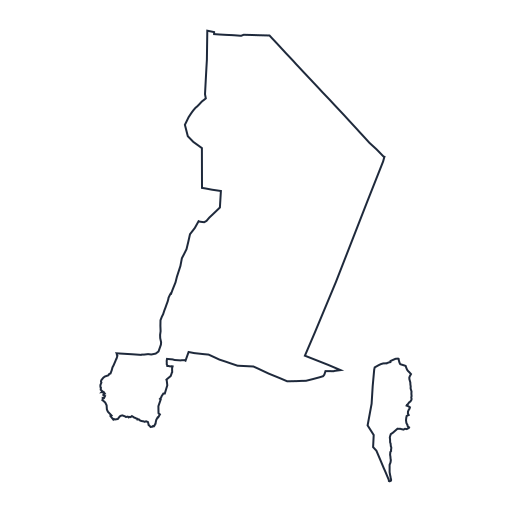 Joquicingo, México, Mexico
{"feature_id": "50627088B35119178104761", "entity_name": "Joquicingo", "entity_type": "district", "adm_level": 2, "iso_a3": "MEX", "parent_name": "Mexico", "parent_adm1": "México", "projection": "mercator", "projection_center": [-99.521, 19.062], "detail": "fine", "context": "isolated", "style": "outline", "palette": "slate", "viewbox_px": 512, "rotation_deg": 0, "n_neighbors": 0, "source": "geoboundaries", "source_scale": "gbopen_adm2", "svg_char_len": 5601}
<svg xmlns="http://www.w3.org/2000/svg" viewBox="0 0 512 512"><path d="M383.6,156.6L380.0,152.9L376.4,149.2L372.9,146.0L369.4,142.8L364.4,137.3L359.4,131.9L356.9,129.1L354.4,126.4L349.4,121.0L344.4,115.5L339.5,110.3L334.6,105.1L329.8,99.9L324.9,94.8L322.4,92.2L317.6,87.0L312.7,81.8L307.8,76.6L302.9,71.4L300.5,68.8L295.7,63.7L293.4,61.1L288.6,56.0L286.2,53.5L281.4,48.3L276.7,43.2L271.9,38.1L269.5,35.5L261.8,35.3L257.9,35.2L252.2,35.0L244.4,34.8L243.6,34.8L241.1,35.8L234.8,35.3L231.6,35.1L226.6,34.9L219.6,34.5L214.1,34.1L214.1,32.1L207.3,30.7L206.9,58.9L206.9,59.6L206.4,68.1L205.0,94.2L205.8,98.4L204.1,99.8L202.1,101.3L201.2,102.2L200.2,103.3L199.2,104.4L198.4,105.2L197.1,106.5L196.2,107.2L195.3,108.0L194.3,109.2L193.6,110.0L192.3,111.7L191.1,113.4L188.6,117.2L184.9,124.8L187.8,136.2L193.3,141.9L197.2,144.7L201.9,148.1L202.0,187.9L205.2,188.4L212.0,189.7L220.9,191.0L219.9,207.5L214.9,212.3L209.3,217.6L206.5,220.9L204.2,222.2L202.3,222.0L199.5,221.6L198.6,221.2L194.8,228.0L190.0,234.2L188.2,242.2L186.5,249.2L183.8,254.6L181.9,258.2L180.4,266.0L176.9,276.8L175.5,282.4L172.5,289.9L171.1,293.7L170.7,293.5L169.9,294.9L168.6,297.6L168.4,298.5L168.3,299.2L168.0,300.2L167.8,301.0L167.7,301.3L167.3,302.5L166.7,304.1L166.6,304.3L166.4,304.9L165.6,307.2L165.3,308.0L164.3,310.6L163.1,314.3L161.9,316.6L160.5,320.2L160.4,325.8L160.6,331.2L160.1,334.9L160.2,338.1L161.1,342.3L160.9,344.7L158.5,351.5L155.7,353.6L151.3,354.5L148.1,354.1L144.0,354.6L141.8,354.6L141.1,354.9L132.8,354.3L127.8,354.0L121.2,353.6L116.6,353.3L116.8,353.7L116.9,355.0L117.4,355.7L116.5,358.8L116.2,359.0L115.4,361.1L113.5,365.5L112.5,367.3L111.7,370.3L110.5,373.5L109.2,374.0L108.4,375.3L105.5,376.3L104.9,376.5L103.3,377.7L102.3,379.0L101.7,379.6L101.1,380.8L101.0,381.8L101.4,382.6L100.4,385.0L100.4,386.5L100.6,387.5L100.9,387.7L100.9,387.8L100.7,389.7L102.5,391.4L101.8,392.1L103.6,391.9L104.8,393.6L103.4,394.1L103.4,395.2L105.0,396.0L104.0,398.1L102.7,397.9L102.7,399.1L102.4,400.2L103.1,400.6L105.2,402.5L106.6,405.3L106.8,408.4L106.9,409.5L107.9,411.7L111.5,415.5L110.5,416.1L113.3,419.6L113.9,419.0L114.9,419.5L117.8,419.0L119.0,417.4L119.9,416.3L121.0,415.7L122.4,415.4L124.8,416.3L125.4,416.6L125.9,417.0L126.5,416.9L127.3,416.7L127.9,416.7L128.7,417.4L129.2,417.0L129.9,416.9L130.6,417.1L131.9,416.1L132.6,416.6L133.4,416.9L133.7,417.2L134.3,417.7L135.3,417.9L135.7,418.1L136.2,418.5L137.1,418.7L137.4,419.5L138.2,419.3L138.3,419.4L138.9,419.4L139.9,420.4L141.1,420.9L141.5,421.0L143.0,421.3L143.6,421.3L144.1,421.6L144.7,421.8L146.1,421.3L146.7,421.6L147.8,421.9L148.3,423.2L148.4,424.0L148.7,425.2L149.2,425.4L149.9,426.2L150.6,427.0L151.5,426.8L152.3,426.7L152.6,426.3L152.8,426.1L153.1,426.0L153.5,426.3L153.8,426.4L154.0,426.2L154.3,425.8L154.6,425.4L154.7,425.1L154.8,424.8L154.8,424.7L155.0,424.3L155.1,424.1L155.3,423.9L155.5,423.8L155.8,421.9L156.3,419.8L157.7,417.3L158.2,417.4L159.9,414.4L158.6,413.4L158.5,412.8L158.4,406.2L159.1,404.1L160.7,399.5L160.0,398.9L161.1,397.7L161.5,396.4L163.4,393.5L164.8,393.5L167.3,385.3L166.7,380.2L166.4,379.8L166.9,379.2L169.9,376.7L170.7,376.0L171.6,373.5L171.7,373.0L172.2,372.1L172.1,370.1L172.1,368.0L172.6,366.4L171.7,366.2L171.0,366.4L169.5,366.3L168.6,366.0L167.3,366.0L167.2,365.3L167.0,364.9L166.7,364.1L166.8,362.9L166.7,361.8L166.7,360.8L167.0,358.9L170.2,359.2L172.6,359.4L174.6,360.0L180.6,360.4L181.9,360.2L183.9,360.2L184.4,360.1L185.5,360.7L188.6,352.0L194.2,353.1L198.8,353.6L203.3,354.1L208.6,354.6L214.7,357.4L219.4,359.6L226.1,361.8L230.1,363.2L237.5,365.7L245.5,366.1L253.4,366.5L258.3,368.7L262.3,370.6L268.7,373.6L272.6,375.2L276.3,376.7L280.7,378.5L287.2,381.3L292.6,381.2L297.0,381.1L301.4,380.9L306.0,380.8L312.8,379.1L319.5,377.3L323.1,376.2L324.3,374.7L325.5,371.1L333.7,371.2L334.5,370.9L340.5,370.1L328.0,364.8L321.4,362.2L304.9,355.7L314.8,332.6L335.9,282.0L367.6,200.7L383.1,161.5L384.4,156.8L383.6,156.6ZM409.1,427.4L408.7,427.1L407.8,426.4L407.5,425.7L407.5,425.0L406.9,424.0L406.4,423.0L406.0,420.2L406.3,417.5L406.7,415.9L407.8,415.4L408.7,415.0L408.4,414.4L407.9,413.5L408.0,411.5L408.9,409.5L409.5,408.8L409.9,407.4L409.5,407.3L409.1,406.7L407.9,406.1L406.6,405.6L407.0,404.8L407.6,404.5L408.4,403.4L409.1,402.4L410.4,401.5L411.4,399.9L411.6,398.9L411.3,397.8L411.3,397.2L411.6,396.1L411.4,393.9L411.5,391.4L410.9,389.5L410.6,388.3L410.7,386.4L410.4,384.6L410.3,382.4L409.4,379.2L409.3,377.6L409.8,376.2L411.0,374.1L410.0,373.0L409.2,372.1L408.2,371.2L407.2,369.9L406.9,369.3L406.2,367.6L405.7,366.0L404.8,365.6L400.6,364.3L400.2,364.1L399.5,362.7L398.8,360.2L398.7,359.6L398.7,359.0L398.1,358.6L395.5,358.8L390.5,361.0L390.4,362.1L389.2,362.3L388.1,362.7L387.1,363.0L386.7,363.4L385.6,363.3L384.3,363.4L383.3,363.4L380.9,364.1L378.6,365.2L374.7,367.4L374.2,369.6L372.7,386.0L371.6,403.8L367.6,425.4L373.7,435.0L373.1,447.1L376.4,450.7L381.2,462.0L383.7,468.0L385.1,471.1L388.8,479.9L388.9,481.0L389.6,481.3L390.1,481.1L390.6,480.9L391.0,480.6L391.1,480.0L391.0,479.1L390.7,478.3L390.5,476.8L390.0,474.6L389.9,473.8L389.6,472.2L389.6,471.1L389.6,467.9L389.6,464.8L390.5,462.5L390.6,461.7L390.7,460.9L390.8,460.8L390.8,459.7L390.6,459.0L390.5,457.9L390.4,456.5L390.2,455.5L390.1,454.5L390.2,453.7L390.3,452.1L391.1,451.0L391.0,449.9L391.2,449.0L391.3,447.7L391.2,447.1L390.9,446.5L390.7,444.9L390.6,443.5L390.2,442.7L390.1,441.7L390.1,440.6L390.0,438.9L389.8,437.6L390.1,436.2L390.8,434.1L392.8,432.8L397.5,428.7L398.0,428.8L398.9,428.8L399.8,428.8L400.3,428.8L401.2,429.1L401.7,429.2L403.5,429.6L405.0,428.8L405.6,428.9L406.7,429.1L407.8,428.5L408.8,428.0L409.1,427.4Z" fill="none" stroke="#1e293b" stroke-width="2"/></svg>